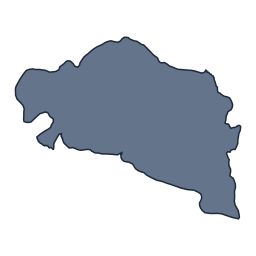 the district of Quthing, Quthing, Lesotho
{"feature_id": "5366337B136764020744", "entity_name": "Quthing", "entity_type": "district", "adm_level": 2, "iso_a3": "LSO", "parent_name": "Lesotho", "parent_adm1": "Quthing", "projection": "orthographic", "projection_center": [27.658, -30.405], "detail": "fine", "context": "isolated", "style": "filled", "palette": "slate", "viewbox_px": 256, "rotation_deg": 0, "n_neighbors": 0, "source": "geoboundaries", "source_scale": "gbopen_adm2", "svg_char_len": 5466}
<svg xmlns="http://www.w3.org/2000/svg" viewBox="0 0 256 256"><path d="M239.4,217.3L239.0,214.1L238.2,210.5L236.8,208.0L235.1,205.0L234.3,201.1L234.6,198.1L234.6,194.6L234.5,191.2L235.5,187.2L235.3,183.8L233.3,178.4L230.9,176.7L229.8,175.6L230.6,171.9L230.6,169.2L229.4,166.8L228.9,165.0L228.8,161.9L229.2,159.6L228.0,157.7L227.3,155.4L226.4,153.2L227.8,151.7L230.0,152.2L231.1,150.0L233.3,149.4L235.1,149.4L236.5,146.7L237.8,143.2L237.8,140.0L238.4,136.6L238.9,133.4L240.2,130.5L240.3,130.0L240.4,129.1L240.6,127.8L240.6,127.0L240.6,126.5L240.1,125.9L239.5,125.5L238.8,125.4L238.3,125.4L238.2,125.5L237.6,126.0L236.6,126.4L236.0,127.0L235.5,127.4L235.0,127.4L234.2,127.5L233.4,127.5L232.5,127.8L231.7,128.0L230.8,128.3L230.6,128.1L230.2,127.5L230.0,126.7L229.6,126.5L229.1,125.2L228.8,124.6L228.3,124.1L227.8,123.9L227.2,123.9L226.4,123.9L225.5,123.4L225.1,123.2L225.9,119.5L226.1,116.5L227.2,113.9L228.0,111.6L230.9,109.9L231.7,108.5L232.5,106.5L232.5,104.1L231.5,101.4L230.3,99.1L229.6,97.9L227.0,96.8L224.4,96.3L222.3,95.1L220.9,94.1L220.5,93.5L220.0,93.1L219.5,93.0L219.2,92.9L218.5,92.8L218.1,92.2L217.7,91.6L217.6,91.0L217.6,90.5L217.4,89.9L217.4,89.1L217.4,88.0L217.3,87.0L216.4,86.5L216.1,85.6L215.7,84.2L215.3,82.8L215.0,81.6L214.5,80.6L214.3,79.7L214.1,78.9L214.0,78.5L213.9,78.1L214.0,77.7L213.6,77.4L213.4,76.7L213.4,76.3L213.0,75.9L212.8,75.8L212.4,75.8L212.2,75.7L211.9,75.5L211.6,75.2L211.5,74.9L211.3,74.6L211.1,74.3L211.0,74.2L210.5,74.1L210.2,74.1L209.9,73.9L209.7,73.6L209.4,73.3L209.1,72.8L208.7,72.6L208.4,72.3L208.1,72.1L207.7,72.1L207.5,72.3L207.0,72.3L206.9,71.9L206.9,71.6L206.9,71.2L206.7,70.7L206.3,70.4L205.6,70.2L205.4,71.0L205.2,71.5L203.8,72.5L201.7,73.1L198.8,72.2L198.3,72.1L195.5,71.2L194.8,71.0L191.0,70.3L190.3,70.3L189.2,70.3L187.2,70.0L186.2,70.0L183.1,69.7L182.4,69.6L177.8,69.3L174.2,67.8L173.0,67.3L172.8,67.2L172.1,66.9L169.8,66.1L169.5,66.0L169.3,65.9L169.0,65.7L167.6,64.4L165.7,63.3L165.5,63.2L164.8,62.6L164.1,62.7L163.3,62.6L162.9,62.9L162.4,62.8L160.4,62.6L159.0,61.3L158.7,60.7L157.4,57.8L153.6,55.1L149.6,50.9L143.8,45.0L141.2,44.3L139.4,42.9L136.9,41.3L135.0,41.0L133.3,40.5L130.6,39.4L130.0,39.2L128.1,37.5L127.8,37.5L124.5,37.2L122.2,38.7L121.0,40.2L120.5,40.8L119.9,41.2L118.9,41.9L117.2,42.2L115.3,41.9L110.7,40.8L108.6,41.3L108.3,41.4L105.4,42.4L102.2,44.5L96.9,46.9L93.9,48.8L93.7,48.9L92.4,49.9L92.0,50.2L89.8,52.1L87.7,54.0L85.9,55.3L83.8,57.2L82.1,59.7L80.2,62.6L79.4,65.5L77.9,66.8L77.5,67.2L74.7,66.1L73.1,63.6L70.2,61.0L67.5,60.8L67.4,60.9L66.2,61.4L63.9,63.8L59.8,66.8L59.5,68.1L58.9,69.7L56.0,71.4L52.9,71.9L49.5,72.1L45.7,70.4L44.2,70.1L42.4,70.0L39.8,69.5L37.7,69.5L35.7,69.5L35.3,69.5L33.7,69.1L32.6,68.9L29.9,69.3L29.5,69.3L26.6,70.3L25.2,71.7L22.5,75.4L20.2,78.8L18.5,82.0L17.7,83.3L16.6,85.3L15.7,87.4L15.4,90.0L15.6,93.7L15.6,95.2L16.1,96.5L17.1,99.2L20.0,102.1L20.9,103.1L22.4,104.7L22.8,105.1L23.8,107.7L24.2,108.8L23.8,112.4L23.8,116.6L23.6,119.3L23.8,120.3L24.0,121.6L26.2,122.2L28.0,122.5L31.0,122.0L33.6,119.5L37.0,116.3L39.7,113.8L45.3,112.0L47.7,112.6L49.9,116.5L52.9,118.7L53.3,119.0L53.3,122.0L51.4,124.9L50.6,127.4L48.3,129.1L44.3,131.4L40.2,134.2L36.8,137.0L37.3,138.3L37.2,138.7L37.4,139.0L37.5,139.4L37.7,139.8L38.0,140.0L38.2,140.5L38.2,141.0L38.3,141.2L38.7,141.3L38.9,141.7L39.2,142.2L39.5,142.6L39.9,142.7L40.2,143.0L40.6,143.3L40.9,143.5L41.2,143.5L41.5,143.8L42.0,144.1L42.3,144.4L42.7,144.8L43.1,145.0L43.6,145.3L43.9,145.3L44.1,145.5L44.3,145.7L44.5,145.8L44.7,145.7L45.0,145.5L45.1,145.3L45.2,145.2L45.4,145.3L45.6,145.6L45.9,145.8L46.3,145.9L46.6,145.8L46.9,145.7L47.2,145.6L47.4,145.7L47.5,145.9L47.7,146.1L48.0,146.3L48.3,146.4L48.5,146.7L48.6,146.9L48.6,147.2L48.7,147.4L48.9,147.5L49.1,147.7L49.4,147.9L49.7,147.9L49.9,147.8L50.2,147.5L50.4,147.5L50.7,147.5L51.2,147.6L51.4,147.8L51.8,148.1L52.0,148.4L52.2,148.6L52.5,149.0L52.8,149.1L53.1,149.3L53.4,149.3L53.6,148.7L53.7,147.9L53.8,146.9L53.8,146.1L53.8,145.4L53.8,144.4L53.8,144.0L54.0,143.5L54.1,143.0L54.4,142.3L54.8,141.6L55.4,140.6L55.9,139.7L56.3,138.9L56.9,138.0L57.4,137.1L58.0,136.0L58.5,135.1L59.1,134.5L59.6,134.0L60.3,133.8L61.0,133.8L61.5,133.7L61.4,134.1L61.3,134.3L60.9,134.6L61.0,134.9L61.1,135.0L61.1,135.3L61.2,135.5L61.1,135.9L61.3,136.4L61.4,136.9L61.9,137.2L62.1,137.4L62.0,137.8L62.3,138.0L62.2,138.4L62.4,138.8L62.6,139.1L62.6,139.7L62.9,140.3L63.1,140.9L63.4,141.7L63.6,142.3L63.8,142.8L64.0,143.0L64.4,143.1L64.5,143.4L64.4,143.6L64.6,143.8L65.0,144.1L65.4,144.4L65.9,144.8L66.2,145.2L66.4,145.5L66.9,145.9L67.3,146.3L67.7,146.7L68.0,146.8L68.4,146.9L68.6,147.3L68.9,147.8L69.2,148.0L70.2,147.9L71.1,147.9L71.9,147.6L73.0,147.7L74.4,148.2L75.3,148.4L76.2,149.0L77.3,149.4L78.2,149.7L79.3,150.0L80.5,150.2L81.6,150.2L83.1,150.0L86.2,149.5L88.7,149.4L89.6,149.6L91.3,150.5L91.6,151.1L95.0,152.9L98.2,153.0L101.9,153.9L108.3,154.0L113.8,154.5L116.2,154.7L117.8,154.8L118.7,154.1L120.9,153.0L121.9,152.5L122.0,153.3L121.6,153.9L120.7,154.5L120.9,155.1L121.0,156.5L121.0,157.3L121.4,158.4L122.2,159.7L123.8,161.2L126.6,161.9L128.9,162.2L132.8,164.2L135.4,168.6L138.2,170.6L141.0,171.8L143.9,172.6L146.7,175.1L150.3,177.1L156.4,180.1L163.0,181.7L165.3,182.7L172.1,184.9L177.8,186.9L181.1,188.1L187.9,189.7L193.6,190.1L197.1,191.6L200.4,193.6L201.4,195.4L201.7,197.5L201.2,199.8L200.2,201.6L199.5,203.0L199.6,205.4L200.5,208.0L202.4,210.7L204.9,212.7L210.6,213.5L217.1,213.4L221.4,213.7L226.7,215.6L232.5,217.5L238.5,218.8L239.4,217.3Z" fill="#64748b" stroke="#1e293b" stroke-width="1.5"/></svg>